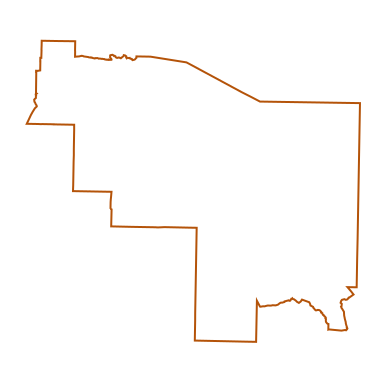 Flinders Ranges, South Australia, Australia, rotated 91°
{"feature_id": "25037944B48952282466613", "entity_name": "Flinders Ranges", "entity_type": "district", "adm_level": 2, "iso_a3": "AUS", "parent_name": "Australia", "parent_adm1": "South Australia", "projection": "albers", "projection_center": [138.36, -32.133], "detail": "fine", "context": "isolated", "style": "outline", "palette": "amber", "viewbox_px": 384, "rotation_deg": 91, "n_neighbors": 0, "source": "geoboundaries", "source_scale": "gbopen_adm2", "svg_char_len": 4336}
<svg xmlns="http://www.w3.org/2000/svg" viewBox="0 0 384 384"><g transform="rotate(91 192 192)"><path d="M340.5,186.6L340.5,186.2L340.7,135.2L340.7,125.3L299.6,125.2L305.4,122.0L305.5,121.4L305.0,118.9L305.1,118.0L305.0,117.2L304.7,116.3L304.2,114.4L304.2,111.0L303.8,109.4L303.9,106.3L303.2,104.3L303.2,104.2L302.6,103.4L302.2,103.0L301.4,101.9L301.0,101.0L301.0,100.6L301.1,100.1L300.4,97.7L299.8,97.6L298.6,93.4L298.9,93.2L299.1,92.7L299.1,92.2L298.7,91.7L297.0,90.8L297.0,90.1L296.6,89.8L297.3,89.3L297.4,88.8L297.4,88.3L298.8,86.3L299.2,85.9L300.3,84.7L300.5,84.0L301.0,83.2L300.9,83.1L299.8,81.6L299.3,81.2L298.7,80.7L298.4,80.5L297.6,80.7L297.4,80.9L300.2,72.8L302.2,71.8L302.6,71.8L303.4,71.6L304.7,69.0L305.2,68.7L305.6,68.7L306.7,67.6L307.3,67.3L308.2,66.1L308.1,65.3L308.0,65.0L307.8,64.7L307.7,64.1L307.8,64.0L307.8,63.8L307.8,63.7L307.8,63.4L307.8,63.1L307.8,62.9L307.9,62.7L308.1,62.2L308.3,62.0L308.5,61.7L308.9,61.4L309.1,61.2L309.3,60.9L309.5,60.7L310.1,60.8L310.1,60.7L310.3,60.6L310.4,60.4L310.5,60.2L310.8,60.0L310.9,59.9L310.9,59.7L311.0,59.7L311.4,59.5L311.5,59.4L311.8,59.3L312.0,59.2L312.4,59.0L312.5,58.9L312.7,58.7L312.7,58.3L312.8,58.2L313.0,58.0L313.2,57.9L313.5,57.8L314.0,57.4L314.1,57.0L314.8,56.4L315.4,56.4L315.6,56.1L316.0,56.4L316.8,55.8L317.6,56.0L319.5,55.8L320.3,55.2L320.7,54.9L321.2,54.4L321.4,54.1L321.6,53.3L327.2,53.3L327.0,52.8L328.0,40.1L327.3,36.5L327.6,35.6L327.2,35.2L326.6,34.7L326.3,34.5L325.5,34.8L325.4,34.4L322.2,35.5L320.3,36.0L319.5,36.0L317.8,36.5L316.1,37.0L315.0,37.2L312.9,37.7L309.1,38.0L306.2,39.8L305.6,40.3L305.0,40.6L304.4,40.8L304.4,40.6L301.2,40.3L300.2,41.5L298.4,41.0L297.2,40.2L296.7,38.5L296.5,37.7L296.8,37.1L297.1,36.4L296.9,35.4L296.7,34.9L296.4,34.5L296.2,34.4L295.2,33.7L295.3,33.6L291.7,28.7L288.7,31.1L284.4,34.9L284.4,25.7L272.7,25.7L256.2,25.7L235.4,25.6L227.8,25.6L215.1,25.6L204.6,25.6L201.5,25.6L189.5,25.6L174.5,25.6L136.5,25.6L100.2,25.6L100.4,125.6L95.7,135.0L91.2,144.3L69.3,186.6L62.5,199.8L57.4,235.9L57.4,240.9L57.4,243.9L57.4,249.9L58.8,249.9L59.2,250.4L60.3,251.2L60.8,252.1L61.2,253.8L60.7,254.2L60.2,254.3L59.9,254.7L60.0,255.2L59.7,256.2L59.5,256.4L59.0,256.6L59.2,257.6L58.9,258.8L59.5,259.6L58.6,260.2L57.9,260.3L57.4,260.2L56.6,261.3L56.4,262.5L57.0,262.5L58.0,263.7L59.5,265.4L59.5,265.7L59.2,265.9L59.2,266.2L58.9,266.8L59.0,267.2L58.8,267.7L58.9,268.2L59.0,268.4L59.2,268.8L59.2,269.4L58.9,270.1L58.5,270.7L58.2,270.9L57.7,270.9L57.1,271.8L57.1,272.2L57.3,272.5L56.5,273.3L56.2,273.9L56.6,275.8L56.8,276.2L59.1,276.2L59.6,275.6L60.5,274.9L61.1,274.8L61.3,275.2L61.2,275.8L61.3,276.6L61.3,276.9L61.4,277.5L61.0,277.8L61.3,278.5L61.3,279.2L61.1,279.4L61.2,280.0L61.0,280.7L61.1,281.1L61.0,281.4L60.6,282.0L60.6,283.0L60.4,283.8L60.4,284.0L60.5,284.5L60.3,285.4L60.2,287.2L60.3,287.5L59.8,288.7L59.7,289.3L59.9,290.2L59.8,291.1L60.2,291.5L59.8,293.5L59.5,293.9L59.6,294.4L59.1,295.4L59.3,295.7L59.4,295.9L59.3,296.3L59.1,297.7L58.9,298.0L58.3,302.7L57.9,303.5L57.8,304.3L57.9,304.9L57.8,305.0L58.4,307.2L58.6,309.6L58.8,311.3L55.7,311.3L54.0,311.3L53.7,311.3L52.5,311.4L43.9,311.4L43.6,311.4L43.3,311.4L43.4,329.1L43.4,344.9L48.0,344.9L52.6,345.0L52.8,344.9L60.5,345.0L60.5,346.0L64.0,346.0L64.0,345.9L73.1,345.9L73.8,349.6L73.5,349.6L73.5,349.9L73.5,350.0L74.2,350.0L74.1,349.8L96.0,349.7L96.3,349.0L97.0,349.7L97.6,349.7L97.6,349.8L97.9,349.7L97.9,349.8L100.7,349.7L101.7,350.8L102.4,351.4L104.6,351.1L105.1,350.6L106.9,349.8L107.3,349.6L108.1,348.9L109.2,348.7L111.1,350.6L115.3,353.1L115.8,353.3L116.1,353.5L117.8,354.4L122.5,356.5L126.7,358.4L126.7,347.0L126.8,344.5L126.7,342.9L126.7,342.4L126.7,337.7L126.7,331.5L126.8,331.5L126.8,324.7L126.8,317.0L126.8,311.0L132.1,310.9L137.5,310.9L140.9,310.9L144.5,310.9L151.2,310.9L157.3,310.8L163.4,310.9L164.0,310.9L170.4,310.9L181.1,310.9L187.3,310.9L187.5,310.9L193.2,311.0L193.2,294.7L193.1,294.3L193.2,293.3L193.2,291.0L193.2,272.5L197.6,272.8L201.3,273.1L201.5,273.1L203.4,273.2L210.3,273.2L210.3,273.3L210.8,272.1L227.8,272.2L227.9,252.1L227.9,240.6L227.9,235.2L227.9,227.4L228.0,226.6L228.0,225.3L227.7,220.3L227.6,219.3L227.7,193.6L227.7,186.7L232.4,186.7L258.7,186.7L275.4,186.7L280.5,186.7L284.2,186.7L287.9,186.7L295.9,186.7L299.6,186.7L303.4,186.7L307.6,186.7L313.1,186.7L320.5,186.6L328.3,186.6L336.5,186.6L340.5,186.6Z" fill="none" stroke="#b45309" stroke-width="2"/></g></svg>